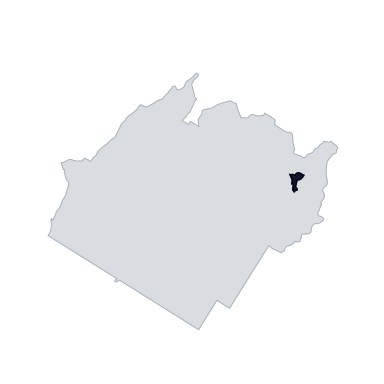 As Salam - SD, Southern Darfur, Sudan shown in context, rotated 212°
{"feature_id": "16777658B71256064026626", "entity_name": "As Salam - SD", "entity_type": "district", "adm_level": 2, "iso_a3": "SDN", "parent_name": "Sudan", "parent_adm1": "Southern Darfur", "projection": "robinson", "projection_center": [24.695, 11.734], "detail": "fine", "context": "in_parent", "style": "filled", "palette": "ink", "viewbox_px": 384, "rotation_deg": 212, "n_neighbors": 0, "source": "geoboundaries", "source_scale": "gbopen_adm2", "svg_char_len": 5142}
<svg xmlns="http://www.w3.org/2000/svg" viewBox="0 0 384 384"><g transform="rotate(212 192 192)"><path d="M251.6,295.1L248.8,295.1L248.5,294.3L248.5,292.2L248.8,290.7L249.9,288.2L249.6,286.8L249.8,284.9L249.0,282.7L242.1,276.3L240.8,274.5L237.1,272.9L237.7,271.1L236.1,258.1L236.9,256.6L237.0,254.3L237.0,252.3L237.9,248.9L238.0,247.5L230.7,247.4L230.6,248.9L231.0,250.5L231.0,251.1L220.9,251.2L225.0,256.3L225.2,258.5L225.0,261.3L225.0,263.1L225.3,264.3L226.4,266.6L226.3,267.0L226.1,267.5L219.0,274.4L217.8,277.5L216.9,279.2L214.8,282.0L208.3,289.3L207.2,289.7L202.3,290.0L201.8,290.2L201.4,290.5L201.2,290.4L196.9,286.2L189.7,281.0L185.0,283.7L183.7,284.7L183.7,287.2L183.0,288.4L181.7,289.8L178.2,290.7L176.4,291.4L174.2,292.8L172.1,295.1L172.0,296.3L172.2,297.4L160.1,297.4L159.3,296.5L157.6,292.7L156.3,292.9L145.3,292.5L143.7,292.9L140.6,294.4L139.0,294.7L137.4,294.0L131.6,286.4L130.3,285.5L129.0,283.7L127.8,282.9L127.3,282.3L127.2,281.5L127.2,279.8L126.8,278.8L125.9,278.5L118.1,280.3L117.0,280.1L115.4,280.4L114.8,280.7L114.2,281.7L114.1,283.8L113.9,284.8L113.3,286.0L111.1,288.6L110.6,289.7L110.7,292.5L110.5,294.0L110.2,294.6L109.2,295.7L108.9,296.3L108.5,300.0L107.3,302.2L107.0,302.9L106.9,304.5L106.7,305.0L103.2,306.3L101.9,307.1L101.1,308.3L100.9,308.8L99.4,308.4L97.4,308.1L93.8,307.7L92.3,307.1L91.6,306.2L91.8,304.0L91.5,303.6L90.9,303.2L90.5,302.2L90.6,301.1L92.5,298.5L92.9,297.2L93.4,290.8L93.3,288.9L91.7,285.3L88.2,279.1L87.4,277.9L82.9,272.8L82.4,272.1L81.4,269.9L82.6,265.2L82.6,263.9L82.3,262.6L81.2,261.6L80.2,261.5L78.9,260.2L78.1,259.6L77.3,258.5L76.8,257.0L77.2,251.4L76.9,250.7L75.8,250.5L75.5,250.1L75.6,249.0L75.0,245.9L74.3,243.3L74.7,241.8L73.7,239.9L71.9,239.0L68.4,239.7L67.3,239.6L66.6,239.2L66.0,238.5L65.8,237.6L66.0,236.3L67.0,234.0L68.3,232.1L70.8,230.3L71.5,229.4L71.9,228.3L72.0,227.1L71.8,225.9L71.5,224.7L70.8,223.2L70.1,221.4L70.1,220.2L70.4,219.3L71.1,218.3L73.6,216.3L76.2,214.6L76.6,214.0L76.5,213.2L75.3,211.8L74.9,209.1L74.3,207.3L75.6,205.8L76.5,205.3L78.0,204.9L78.6,204.3L78.8,203.1L78.8,202.1L79.3,201.2L80.0,199.5L80.6,198.7L82.6,196.7L83.0,195.4L83.2,194.1L82.6,190.3L83.8,188.7L85.2,187.4L87.3,187.5L90.5,187.2L92.7,186.6L94.3,186.6L97.9,187.3L98.3,187.0L98.5,186.0L98.5,113.3L113.3,113.3L113.5,113.1L113.4,78.7L206.4,78.8L207.1,78.6L208.6,75.4L209.2,75.2L210.1,75.4L210.5,76.1L209.7,78.7L290.9,78.7L291.1,82.7L291.8,85.8L294.2,90.3L296.2,92.7L297.0,94.1L297.0,94.7L297.0,95.2L296.3,94.6L295.3,94.1L295.2,96.2L295.8,100.6L296.7,103.6L296.1,106.4L296.3,111.1L297.5,116.8L297.3,120.4L299.2,128.9L300.9,133.6L301.8,134.7L302.8,135.3L304.8,135.7L307.7,138.1L310.1,140.6L310.9,142.0L312.0,143.4L312.8,143.1L313.2,142.8L314.0,143.9L317.7,146.5L318.2,147.6L317.0,148.8L315.5,150.7L314.8,152.6L314.4,153.2L313.2,154.3L313.0,154.9L312.5,155.2L311.9,155.3L310.7,155.9L309.6,155.7L308.5,156.0L308.1,156.5L307.2,156.9L306.0,157.1L304.1,158.6L302.5,159.4L301.9,160.0L301.1,163.1L300.5,163.9L298.1,164.0L296.9,164.3L295.3,163.9L294.5,164.0L294.3,164.6L294.0,167.3L294.1,168.4L292.8,171.4L293.3,177.1L292.0,181.4L291.8,182.3L290.5,185.7L289.9,187.0L288.3,193.2L287.6,195.2L286.2,197.2L287.9,212.3L286.7,217.0L286.8,219.5L286.0,223.2L285.3,224.9L284.3,227.0L283.4,229.3L282.6,232.4L282.1,238.2L281.9,238.7L277.6,239.5L276.2,239.9L275.3,240.5L274.2,242.0L272.0,246.1L270.9,248.6L269.1,252.0L267.0,254.4L266.5,255.6L266.2,257.8L265.5,261.3L264.8,263.8L264.9,265.7L264.3,269.2L264.4,270.9L263.7,271.8L262.7,272.7L262.0,272.9L259.0,270.6L256.8,272.2L255.5,274.4L254.5,276.7L255.2,281.5L255.1,282.5L254.8,283.6L252.8,288.3L252.3,290.5L251.7,294.2L251.6,295.1Z" fill="#d9dde1" stroke="#a8b0b8" stroke-width="1"/><path d="M111.7,251.7L110.9,252.1L110.3,252.5L110.3,252.4L110.1,252.0L109.6,250.8L109.3,250.2L109.1,249.8L108.3,248.1L108.2,247.8L107.4,247.0L105.4,246.2L105.3,247.2L104.8,248.5L104.6,248.7L104.3,248.9L104.1,249.0L104.0,249.4L103.9,249.5L104.1,249.8L104.2,250.0L104.4,250.3L104.7,250.4L105.1,250.6L105.6,250.7L105.8,250.8L106.1,250.9L106.2,251.1L106.3,251.2L106.4,251.3L106.6,251.3L106.8,251.3L107.1,251.4L107.2,251.6L107.3,251.7L107.4,252.0L107.4,252.4L107.4,252.6L107.5,253.0L107.6,253.4L107.7,253.7L107.8,253.8L108.0,254.0L108.1,254.3L108.1,254.6L108.2,254.8L108.3,255.0L108.3,255.4L108.3,255.5L108.5,255.9L108.5,256.1L108.6,256.3L108.9,257.0L109.0,257.2L109.0,257.3L109.0,257.5L108.8,258.1L108.7,258.2L108.5,258.4L108.2,258.6L107.9,258.8L107.6,259.2L107.4,259.4L107.1,259.7L107.0,260.0L106.8,260.5L106.6,260.6L106.5,261.0L106.5,261.5L106.2,262.2L106.0,263.3L106.0,263.8L105.9,264.5L106.0,265.2L106.0,265.4L106.0,265.5L106.3,265.4L107.0,265.3L107.6,265.4L108.3,265.3L108.9,265.3L109.5,265.4L109.8,265.3L110.4,265.2L110.5,265.2L110.8,265.1L111.2,265.0L111.3,264.9L111.6,264.8L112.1,264.6L112.5,264.5L112.6,264.4L112.7,264.1L112.9,263.9L113.3,262.8L113.5,262.2L113.5,261.5L113.5,260.8L114.3,260.8L114.8,260.7L115.0,260.6L115.4,260.5L115.8,260.2L116.4,259.9L116.8,259.7L117.0,259.6L117.2,259.2L117.3,259.1L117.6,259.0L117.8,258.9L118.3,258.7L117.8,258.3L117.1,257.9L116.4,257.4L114.6,256.2L113.2,254.9L112.4,253.0L111.7,251.7Z" fill="#0f172a" stroke="#020617" stroke-width="1.5"/></g></svg>